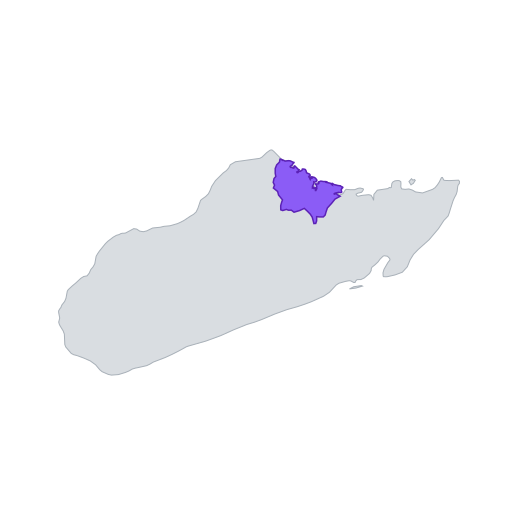 Boeny highlighted on a map of Madagascar, rotated 51°
{"feature_id": "MDG-5870", "entity_name": "Boeny", "entity_type": "Autonomous Province", "adm_level": 1, "iso_a3": "MDG", "parent_name": "Madagascar", "parent_adm1": "", "projection": "orthographic", "projection_center": [46.116, -16.217], "detail": "fine", "context": "in_parent", "style": "filled", "palette": "violet", "viewbox_px": 512, "rotation_deg": 51, "n_neighbors": 0, "source": "natural_earth", "source_scale": "10m", "svg_char_len": 6432}
<svg xmlns="http://www.w3.org/2000/svg" viewBox="0 0 512 512"><g transform="rotate(51 256 256)"><path d="M334.2,61.8L335.5,65.0L337.1,68.1L342.0,75.6L344.0,78.5L345.8,81.5L346.6,87.6L349.6,97.0L352.3,111.2L353.0,125.7L353.8,132.4L356.0,138.7L359.6,145.2L360.7,152.5L358.2,159.9L354.8,166.8L353.9,168.1L352.3,169.9L351.6,169.8L349.0,167.9L346.9,164.9L344.2,157.9L343.3,154.3L342.1,153.7L338.9,154.0L336.5,156.2L336.1,157.5L336.5,161.5L337.4,165.0L337.7,168.6L337.7,173.1L338.5,174.5L339.8,175.7L341.0,178.7L341.2,185.7L340.3,189.3L338.0,192.3L338.1,194.0L338.9,195.7L338.0,196.8L335.0,198.0L333.8,199.2L332.1,202.3L329.4,208.6L329.0,211.8L330.4,221.7L329.8,228.7L326.3,242.0L324.2,248.3L321.4,255.8L317.1,265.8L312.8,278.3L309.1,291.1L306.5,298.8L303.4,306.4L299.3,319.8L295.7,333.5L290.6,348.4L283.5,365.1L282.7,367.3L281.2,375.8L279.6,383.2L277.7,390.6L273.8,402.6L273.3,406.4L272.4,410.0L268.7,417.5L267.2,420.3L266.0,423.3L265.4,427.1L264.3,430.8L261.6,437.5L257.6,443.3L254.9,445.4L249.1,448.4L246.1,449.0L239.6,449.1L233.3,450.8L226.7,454.2L220.4,458.0L218.0,459.8L215.4,460.9L207.0,461.1L204.5,460.3L196.1,454.1L192.9,453.0L186.8,452.2L184.9,451.7L183.2,450.9L180.7,447.6L175.7,444.9L174.5,444.0L173.7,442.1L173.2,440.0L171.9,437.7L170.9,433.3L169.2,430.2L164.6,424.8L164.0,423.1L163.6,417.3L163.6,413.4L163.1,406.2L163.5,402.8L165.1,399.8L164.4,396.5L162.6,393.0L161.9,389.4L160.6,386.2L155.6,380.4L154.5,377.5L153.6,374.5L151.6,365.1L151.3,361.9L151.5,355.0L152.1,351.4L153.2,348.9L153.5,347.1L154.2,345.5L155.3,344.2L156.1,342.7L157.8,333.8L160.0,331.8L163.5,330.7L166.2,328.3L167.7,325.2L169.2,318.7L173.4,312.3L175.0,308.9L178.4,303.8L181.4,296.7L182.3,293.3L183.0,289.9L183.7,282.3L184.3,278.5L184.1,274.8L182.3,271.0L177.9,264.1L177.8,262.8L178.1,257.6L177.7,253.8L176.0,250.1L174.0,246.6L171.9,240.1L170.8,229.3L171.0,225.3L170.4,221.8L168.9,218.5L169.8,212.7L182.5,191.6L182.9,189.1L182.4,182.7L182.6,178.9L183.0,177.5L184.0,176.7L186.2,176.3L196.7,175.3L198.1,174.7L200.7,172.9L204.3,169.4L205.9,168.4L207.3,168.8L208.2,170.2L209.4,171.0L213.6,169.5L215.3,169.4L216.9,169.7L217.7,168.2L218.2,166.3L218.8,165.0L219.9,164.2L225.4,163.8L228.9,163.2L233.4,161.9L234.3,162.1L238.0,167.0L239.1,167.4L240.5,167.6L241.7,166.7L238.8,164.2L238.3,162.7L238.5,161.1L240.1,157.7L242.7,155.0L248.6,151.0L254.7,146.4L256.5,146.1L258.0,146.8L259.1,152.3L259.0,153.2L260.0,153.3L261.1,152.7L262.1,150.4L262.2,148.6L261.4,146.8L261.0,145.3L260.9,144.0L264.1,140.7L266.5,137.7L267.7,134.0L268.7,132.3L271.2,130.4L272.0,130.7L272.6,132.3L272.9,133.9L272.2,135.5L271.3,137.2L270.9,139.3L272.3,139.7L273.7,139.2L275.7,135.3L278.1,131.6L279.4,129.7L281.2,128.4L284.0,128.7L286.8,129.6L282.3,125.6L281.2,120.3L286.6,111.1L286.7,109.2L287.5,108.6L287.9,107.8L285.1,104.7L284.6,103.1L285.0,100.8L286.3,98.7L287.5,97.3L289.3,96.7L290.6,97.5L293.6,100.1L295.6,100.5L298.1,98.1L300.1,95.0L303.2,93.0L306.6,91.7L311.8,86.9L315.3,76.9L315.6,73.9L314.9,70.3L313.8,66.9L311.8,62.6L312.3,61.7L315.2,62.3L316.1,61.7L319.3,58.0L324.5,50.9L326.1,50.9L327.6,52.3L328.1,54.3L329.1,55.7L332.5,59.2L334.2,61.8ZM298.3,89.7L298.3,90.8L294.4,90.3L293.8,86.5L295.8,86.4L296.2,84.8L297.4,84.6L298.6,88.1L298.3,89.7ZM343.8,198.5L340.4,204.1L341.4,199.4L345.3,192.7L346.4,192.2L343.8,198.5Z" fill="#d9dde1" stroke="#a8b0b8" stroke-width="1"/><path d="M195.8,176.4L196.0,176.1L196.2,175.8L196.6,175.6L197.0,175.5L197.9,175.3L198.2,175.2L198.0,174.9L199.7,174.1L200.6,173.6L201.1,172.8L202.1,171.1L202.8,170.3L203.4,169.7L204.2,169.2L206.0,168.4L207.2,167.6L207.4,167.8L207.4,168.2L207.5,169.2L208.0,170.9L208.0,171.0L208.1,171.3L208.0,171.5L207.9,172.2L207.8,172.7L207.9,173.1L208.1,173.3L208.6,173.4L209.0,173.3L209.3,172.9L209.6,172.6L209.9,172.3L210.9,171.9L211.3,171.6L211.5,171.1L211.4,170.8L210.8,170.6L210.5,170.3L210.2,169.7L210.2,169.4L210.5,169.1L215.3,168.6L215.5,168.5L215.7,168.4L216.1,168.2L216.3,169.0L216.5,169.3L216.7,169.5L216.7,169.9L216.4,170.8L216.4,171.1L216.9,170.9L217.1,171.5L217.3,171.4L217.6,170.9L217.3,169.3L217.4,169.0L217.9,168.5L218.1,168.2L218.1,167.3L218.2,167.0L218.3,166.8L218.3,166.6L218.3,166.3L218.1,165.9L217.8,165.6L217.6,165.3L217.8,164.9L218.8,163.9L219.7,163.3L220.0,163.2L220.5,163.4L221.0,163.5L221.4,163.5L221.8,163.6L222.9,164.3L223.6,164.2L225.4,163.1L225.7,163.0L226.1,162.9L226.6,162.9L227.2,163.0L227.4,163.2L227.4,164.3L227.4,164.7L227.5,165.0L227.8,165.1L228.2,165.2L228.4,165.2L228.9,165.2L229.2,165.2L230.0,165.6L230.7,165.7L230.4,165.1L230.2,164.6L230.3,164.2L230.6,164.0L230.8,163.6L230.8,163.1L230.1,163.5L229.4,164.0L229.0,164.2L229.2,163.5L229.6,162.8L230.2,162.2L230.9,161.7L231.6,161.2L232.3,161.0L233.0,160.8L234.4,160.8L235.2,160.9L235.5,161.0L235.7,161.6L235.7,161.9L235.8,162.2L236.1,162.5L235.7,163.0L235.6,163.5L235.4,164.0L234.8,164.4L235.5,164.9L235.9,165.4L236.3,165.9L237.3,168.1L237.8,168.6L238.5,169.2L238.5,168.9L238.5,168.5L238.5,168.1L238.7,167.9L238.9,168.0L239.2,168.6L239.5,168.8L240.0,168.6L240.3,168.1L240.3,167.4L240.1,166.9L240.8,166.8L241.4,167.4L241.9,168.1L242.5,168.6L242.8,168.3L242.5,167.5L241.8,166.2L241.2,166.0L240.0,164.8L239.3,164.6L238.3,164.6L238.1,164.6L237.5,164.2L237.9,163.8L238.3,163.5L239.1,162.3L239.2,161.7L238.9,161.2L238.5,161.2L238.1,161.3L237.8,161.3L237.7,161.0L237.8,160.5L238.2,159.7L238.5,158.6L239.1,158.0L240.4,156.9L242.2,154.8L242.9,154.3L243.0,154.5L243.1,154.8L243.1,155.0L243.4,154.8L244.2,154.0L245.5,153.1L245.8,152.8L246.5,152.3L247.3,152.2L248.1,152.2L248.8,152.0L248.4,151.8L247.5,151.5L247.4,151.2L247.7,150.9L249.4,150.5L252.4,148.3L254.6,146.2L255.9,145.9L256.7,145.4L257.2,145.3L257.4,145.4L257.5,145.7L257.5,146.0L257.5,146.8L257.9,147.7L258.1,148.0L258.4,148.3L258.9,148.5L259.9,148.9L260.4,149.3L260.4,149.7L260.1,150.1L259.7,150.8L259.3,151.1L258.8,151.4L258.5,151.8L257.2,154.4L256.8,155.4L256.9,156.2L257.2,156.2L257.5,155.8L257.7,154.8L258.1,154.5L258.6,154.3L259.7,154.2L260.7,153.8L261.6,153.3L262.5,153.0L261.5,158.8L262.6,163.8L263.6,170.3L265.8,173.8L267.7,176.5L268.0,179.1L265.8,181.8L263.6,184.1L266.9,186.8L268.3,189.1L267.2,190.6L264.6,189.4L261.3,187.9L257.7,187.5L253.3,187.9L249.4,188.5L248.1,193.6L245.9,198.9L242.6,199.7L240.8,202.0L238.9,203.1L237.5,206.6L235.7,207.7L232.4,205.1L230.2,202.0L229.1,200.1L222.8,200.1L219.5,198.6L214.1,199.7L212.6,197.0L209.6,196.3L207.1,193.2L206.7,190.6L203.8,189.0L200.1,186.0L198.2,182.6L197.8,178.7L195.8,176.4Z" fill="#8b5cf6" stroke="#5b21b6" stroke-width="1.5"/></g></svg>